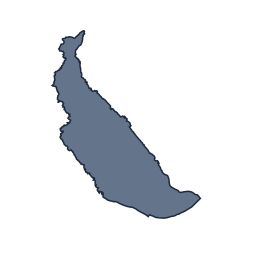 outline of Oiapoque, Amapá, Brazil, rotated 110°
{"feature_id": "56859067B61073882793366", "entity_name": "Oiapoque", "entity_type": "district", "adm_level": 2, "iso_a3": "BRA", "parent_name": "Brazil", "parent_adm1": "Amapá", "projection": "orthographic", "projection_center": [-52.103, 3.225], "detail": "fine", "context": "isolated", "style": "filled", "palette": "slate", "viewbox_px": 256, "rotation_deg": 110, "n_neighbors": 0, "source": "geoboundaries", "source_scale": "gbopen_adm2", "svg_char_len": 5954}
<svg xmlns="http://www.w3.org/2000/svg" viewBox="0 0 256 256"><g transform="rotate(110 128 128)"><path d="M141.9,184.8L142.7,184.5L143.9,185.3L143.3,185.9L143.8,186.9L144.5,186.1L146.5,186.7L147.1,188.9L147.8,188.9L147.9,189.2L148.3,189.4L148.6,189.0L149.7,190.5L151.0,190.4L151.2,191.3L151.5,191.5L153.0,191.0L153.4,190.1L154.1,189.7L153.8,188.5L153.3,188.3L153.2,187.8L154.4,187.6L156.4,189.3L157.4,188.9L157.7,188.3L158.1,188.2L159.2,188.8L160.0,188.6L161.2,187.1L161.1,186.6L161.6,186.1L161.6,185.5L162.7,184.9L163.6,183.6L165.2,182.3L166.1,180.2L165.8,179.8L166.2,178.4L167.3,177.6L167.8,177.8L168.3,177.6L168.9,176.9L169.3,175.2L168.1,173.9L168.4,173.7L168.5,173.1L168.9,172.8L169.1,171.7L169.6,171.7L170.1,170.6L171.7,169.3L171.7,168.6L172.2,168.2L173.2,167.4L173.5,166.7L174.9,165.7L175.2,164.3L175.5,164.2L175.7,163.7L175.6,163.3L177.0,161.3L177.2,160.2L177.9,159.9L177.6,159.2L178.0,158.8L177.9,158.2L177.5,156.8L180.4,155.8L181.0,155.1L181.0,154.8L182.0,154.6L182.1,154.3L181.5,154.1L181.7,153.6L182.6,153.6L183.9,152.4L183.6,151.2L184.7,150.4L184.3,150.0L184.3,149.4L183.8,149.3L183.6,148.7L184.8,148.1L185.0,147.3L186.4,145.6L186.3,144.9L187.0,144.0L187.1,143.5L187.1,143.3L186.6,143.3L186.5,142.7L187.0,142.6L187.3,142.2L188.8,142.8L188.8,142.5L188.1,142.0L188.1,141.8L189.4,140.5L191.0,140.1L191.9,139.5L192.0,138.6L192.3,138.5L193.0,139.2L193.4,138.6L193.9,138.4L194.6,137.2L194.3,135.7L194.4,135.4L196.1,135.8L196.8,135.6L197.6,134.8L198.0,133.9L198.7,133.4L198.8,132.9L198.0,133.4L197.5,133.4L197.6,132.3L197.2,132.0L197.5,131.4L196.9,130.7L197.9,129.6L197.7,129.1L197.9,129.0L198.3,129.4L198.6,130.3L199.4,129.7L199.0,129.1L199.0,128.8L201.5,127.7L201.9,124.9L202.6,123.0L202.6,119.8L202.3,118.9L202.1,115.7L201.4,115.0L201.4,112.6L201.8,110.3L202.1,106.5L202.0,102.5L201.6,99.0L200.9,96.5L201.2,94.8L201.4,92.8L202.2,90.1L203.3,82.1L204.3,78.6L202.2,78.2L202.3,75.4L202.2,75.1L202.5,71.4L201.9,68.5L200.4,63.4L199.1,60.9L196.2,56.9L194.8,54.4L192.2,52.0L191.3,50.5L189.9,49.5L186.8,46.2L180.2,41.0L169.4,35.9L167.1,39.8L167.5,42.0L166.8,44.1L166.4,46.1L166.6,48.5L167.1,50.2L168.6,53.2L170.4,56.2L170.7,57.4L170.5,58.4L169.9,59.1L169.6,59.8L169.4,62.8L168.7,66.7L168.1,68.5L166.7,69.8L161.7,72.3L159.4,74.3L159.1,75.0L159.1,78.0L158.0,80.3L157.2,81.2L156.3,81.7L156.1,82.6L153.9,84.3L152.5,86.5L151.8,86.6L151.4,87.1L150.5,86.8L150.3,87.2L150.7,87.4L150.9,87.8L150.0,88.2L149.3,88.1L149.1,88.4L148.7,89.1L149.4,90.6L149.0,92.3L148.2,92.5L146.9,92.4L146.5,92.9L145.5,93.5L145.0,95.3L144.5,95.9L144.4,97.3L144.0,98.1L144.3,99.1L142.0,101.7L139.1,106.9L138.5,107.0L138.2,107.3L138.4,108.0L136.8,109.8L136.7,111.0L135.7,111.8L135.3,113.0L132.0,118.7L131.3,119.5L130.9,120.6L130.1,121.2L129.7,122.2L129.8,122.8L128.9,123.6L126.6,127.0L126.1,127.1L125.7,126.3L124.7,126.1L124.6,126.5L123.8,127.2L122.6,127.9L121.8,130.1L122.0,131.3L121.9,131.8L121.1,131.6L120.6,131.9L119.8,131.9L119.8,132.5L119.1,133.8L119.7,134.3L119.5,134.5L118.6,134.4L118.2,135.2L118.5,135.5L119.2,135.6L118.7,136.4L118.7,137.3L120.0,138.4L120.0,138.9L118.7,141.1L118.2,142.5L117.5,143.0L117.2,144.4L116.9,144.8L117.0,145.5L116.1,147.5L115.3,148.1L115.5,148.7L115.2,149.4L115.6,150.0L116.3,149.9L116.4,150.2L115.3,151.6L114.7,151.6L114.5,151.4L114.1,151.8L113.2,152.0L110.8,157.0L109.6,158.9L109.2,160.1L109.3,161.0L108.9,161.3L109.1,161.9L108.8,162.6L107.7,164.1L107.1,165.9L106.4,166.6L105.5,169.2L104.6,169.0L104.1,169.4L103.7,170.0L104.6,171.3L104.1,172.0L105.3,173.0L105.6,174.0L104.9,175.2L104.9,175.9L104.2,175.6L103.3,176.5L103.7,177.8L104.0,177.9L103.8,178.6L103.0,178.9L101.3,180.5L100.8,181.7L99.0,182.0L98.9,182.8L99.7,183.5L99.3,183.9L97.8,184.1L97.2,184.9L97.3,185.8L96.3,187.2L96.5,187.7L96.0,189.1L95.3,189.5L94.7,189.4L94.0,189.6L92.6,190.2L92.0,190.7L92.0,191.3L88.3,192.9L87.9,193.3L87.7,193.2L86.6,194.1L84.9,194.8L83.2,195.1L83.0,195.3L83.3,195.7L83.2,195.8L82.0,195.8L82.0,196.3L82.4,196.6L82.2,196.9L80.9,197.3L80.7,198.7L79.9,198.8L79.9,200.2L79.5,200.4L78.6,202.5L76.5,202.0L76.1,202.4L76.2,202.9L75.9,203.1L72.7,203.8L71.8,203.2L68.0,202.3L66.0,200.8L64.6,200.6L61.8,200.7L59.2,201.3L58.5,201.6L56.8,201.6L56.3,202.0L55.9,202.0L54.9,201.2L54.3,201.0L54.0,201.6L53.4,201.7L53.0,202.3L52.0,202.0L51.7,202.6L52.4,203.7L54.9,205.6L57.2,206.3L58.0,206.9L59.1,207.3L59.8,207.9L61.8,208.7L62.1,209.4L61.8,211.2L62.3,214.6L63.4,215.4L63.8,217.3L65.2,217.7L66.3,219.7L66.7,220.0L67.5,219.8L68.3,217.9L68.7,217.6L69.9,217.3L71.1,217.5L72.1,219.4L73.0,219.6L74.3,219.5L75.7,219.9L76.9,219.6L77.3,220.1L78.9,218.5L78.4,216.5L78.7,216.0L78.4,215.3L78.6,215.3L78.6,214.9L79.2,213.9L79.8,213.6L81.2,214.2L81.6,213.2L81.9,213.1L83.0,213.5L83.3,213.4L84.0,212.2L83.8,211.8L84.0,211.2L83.4,211.2L83.4,210.9L83.5,210.4L84.0,210.0L85.3,209.9L86.3,210.8L87.2,210.5L87.9,210.7L88.5,210.4L89.0,210.5L89.2,211.1L91.1,210.7L92.2,211.5L93.5,211.2L93.8,211.4L94.6,211.0L94.8,211.1L94.5,212.1L95.6,211.9L96.3,212.7L96.9,212.2L97.2,212.3L98.0,213.6L99.2,214.2L99.8,215.3L100.4,215.3L101.1,215.7L101.0,215.0L102.0,214.7L102.9,214.8L103.4,214.4L103.6,215.1L103.9,215.2L104.4,214.9L105.0,214.9L105.7,214.2L107.0,213.8L107.6,213.0L107.9,213.0L108.7,213.3L109.5,213.1L110.4,213.4L110.7,212.9L112.0,212.7L112.7,213.3L113.6,213.3L114.0,213.8L114.3,213.2L113.9,211.9L114.0,210.5L113.7,210.3L113.8,209.7L114.5,209.0L115.3,208.8L116.8,207.4L117.3,207.4L118.1,205.8L118.6,205.9L119.1,205.0L119.5,204.8L120.6,204.6L122.0,204.9L122.6,204.6L123.3,204.7L124.1,204.5L125.4,203.9L125.8,202.4L126.1,202.1L127.6,202.7L127.7,202.4L127.1,201.7L125.8,201.4L126.0,199.7L125.6,198.6L126.5,198.0L127.0,197.0L128.0,197.3L128.7,196.9L129.2,197.3L129.5,197.3L129.9,195.9L130.5,196.1L130.2,195.1L130.8,194.3L132.0,194.6L132.6,194.2L132.5,193.2L133.9,192.3L134.6,190.8L134.9,190.4L134.5,189.3L134.7,188.7L135.4,188.3L135.0,188.0L135.0,187.6L135.3,187.2L136.6,187.3L136.9,186.6L138.3,187.7L139.3,187.8L139.9,186.8L140.3,184.5L141.9,184.8Z" fill="#64748b" stroke="#1e293b" stroke-width="1.5"/></g></svg>